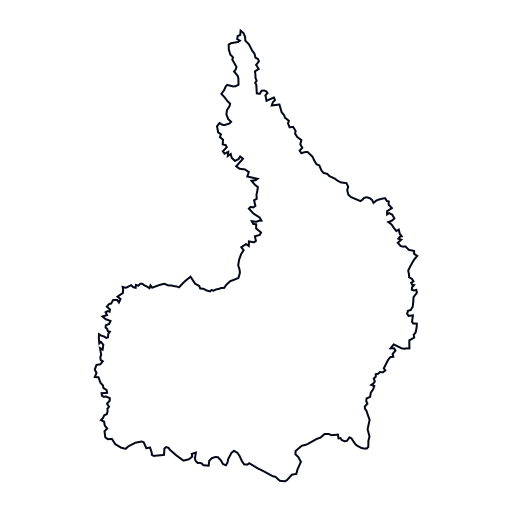 Santana da Boa Vista, Rio Grande do Sul, Brazil
{"feature_id": "56859067B73250631934504", "entity_name": "Santana da Boa Vista", "entity_type": "district", "adm_level": 2, "iso_a3": "BRA", "parent_name": "Brazil", "parent_adm1": "Rio Grande do Sul", "projection": "orthographic", "projection_center": [-53.19, -30.741], "detail": "fine", "context": "isolated", "style": "outline", "palette": "ink", "viewbox_px": 512, "rotation_deg": 0, "n_neighbors": 0, "source": "geoboundaries", "source_scale": "gbopen_adm2", "svg_char_len": 5779}
<svg xmlns="http://www.w3.org/2000/svg" viewBox="0 0 512 512"><path d="M104.5,431.3L105.3,437.3L107.8,439.2L111.9,438.9L115.2,444.1L121.1,447.7L125.7,448.8L128.4,446.3L135.5,442.7L141.8,441.5L143.7,442.3L146.3,448.2L150.0,447.5L151.6,452.2L152.0,455.0L153.8,455.9L164.0,454.9L164.4,448.6L166.1,447.1L168.5,447.8L169.9,449.8L176.7,455.7L183.5,460.6L188.8,459.3L192.2,456.7L191.8,453.9L195.9,452.6L194.9,458.6L195.7,461.0L197.7,463.0L199.8,462.8L201.8,463.5L203.3,465.2L208.6,465.7L209.3,460.7L211.8,458.2L215.4,457.0L217.9,457.2L221.0,460.5L222.9,464.0L225.9,465.3L227.4,462.7L228.4,458.6L231.5,452.8L234.0,450.8L237.4,452.8L239.4,455.7L242.0,461.3L244.2,464.4L247.4,464.6L249.2,463.2L257.6,468.3L263.2,471.0L272.7,476.2L275.4,476.8L279.8,480.8L284.9,481.3L287.0,480.1L291.9,474.7L296.3,473.9L297.5,469.4L300.9,461.9L298.3,457.0L295.4,454.3L295.6,451.0L301.7,445.8L307.0,444.4L313.2,440.9L317.0,438.8L320.5,437.6L324.6,434.0L328.7,434.0L331.7,435.2L337.9,434.6L338.5,438.4L340.6,438.2L341.7,440.0L344.6,441.3L347.0,440.8L349.4,437.4L351.4,438.3L355.1,443.9L356.7,445.4L361.0,447.8L363.6,448.5L366.8,448.5L368.3,446.8L368.4,440.8L369.5,436.6L367.6,429.2L369.6,420.0L366.4,410.7L365.0,408.8L364.8,406.5L367.4,403.7L366.2,401.0L366.6,398.4L370.1,396.9L370.8,392.7L373.1,389.4L374.3,386.0L371.3,384.9L373.4,383.5L374.8,381.5L373.8,378.4L375.7,376.8L375.8,374.2L377.9,373.9L379.8,372.1L382.9,372.3L385.3,370.4L383.8,368.3L386.3,363.4L388.4,359.4L390.5,357.0L393.3,356.8L392.6,354.0L395.5,350.5L394.1,348.3L390.6,348.3L393.7,344.4L401.8,348.4L404.2,348.8L406.2,348.4L409.4,348.4L409.3,340.4L414.2,337.6L413.7,334.8L415.6,332.5L416.4,328.6L416.8,326.0L416.8,323.6L413.2,323.5L412.0,321.8L412.9,315.4L408.5,315.9L407.1,313.6L408.0,310.8L410.6,310.1L412.7,306.7L413.3,301.7L413.5,297.2L416.9,292.7L416.3,289.9L414.0,290.5L411.8,289.7L412.0,287.4L414.0,285.1L412.1,284.7L411.2,282.7L413.5,281.4L412.0,278.9L409.1,277.2L409.0,274.3L408.2,270.7L410.1,266.7L412.2,262.8L414.5,259.1L417.2,255.9L414.1,253.8L414.1,251.0L408.8,249.8L405.4,246.4L403.1,246.7L400.6,246.0L397.8,242.8L401.2,239.7L398.4,238.7L399.9,236.7L401.7,236.3L399.7,233.7L398.8,229.6L396.3,231.0L393.8,227.9L392.1,225.2L390.7,223.7L388.3,222.1L391.8,220.7L394.4,218.5L392.2,214.6L389.1,213.1L387.1,214.4L387.1,211.2L391.9,208.1L388.6,204.6L388.8,201.5L386.9,201.0L385.1,198.2L382.0,198.7L378.4,199.7L376.4,200.5L373.5,202.9L372.2,200.2L370.0,198.3L366.4,197.2L363.9,198.1L362.5,199.7L360.4,201.1L351.0,197.1L348.3,194.6L347.2,190.1L348.2,186.8L346.4,183.1L340.8,182.4L337.4,180.6L334.8,178.6L332.0,177.3L329.4,176.1L327.3,173.9L323.5,172.9L321.4,170.4L319.3,165.4L316.5,164.3L314.2,160.4L312.6,156.8L307.6,152.0L304.9,152.1L301.4,153.2L299.6,150.6L302.3,147.8L300.3,144.2L301.4,140.1L297.3,137.1L295.1,133.7L295.6,130.9L293.1,126.9L289.6,127.3L288.0,123.3L288.9,120.8L285.0,117.7L284.0,115.0L281.7,112.4L279.4,104.5L271.8,105.5L272.9,102.2L275.0,100.0L273.9,97.5L266.5,100.8L266.0,98.0L265.4,95.4L267.5,93.1L266.3,91.4L264.1,90.5L261.6,90.7L259.8,93.8L256.8,93.4L256.3,84.8L255.2,82.8L256.6,80.8L255.5,77.9L255.4,74.7L255.0,71.3L258.7,69.0L256.1,64.9L258.9,61.4L257.9,58.9L255.5,57.7L254.4,53.5L252.2,50.7L249.0,44.4L245.3,40.6L245.1,36.9L243.5,33.1L240.6,30.7L240.2,35.0L237.7,36.0L237.2,39.1L239.9,40.7L238.1,42.0L231.4,43.1L228.7,44.5L228.8,49.6L230.4,54.7L233.0,57.3L232.3,59.6L233.8,62.2L236.5,67.0L235.5,69.9L234.1,71.5L237.8,76.0L238.4,78.6L238.5,84.7L235.5,86.3L232.9,86.4L227.2,84.9L225.7,86.5L224.2,90.0L221.4,93.8L224.9,97.7L227.2,100.8L230.1,103.7L229.6,106.0L227.0,110.1L226.4,114.5L228.3,119.2L231.1,121.8L229.5,123.5L224.4,125.1L222.2,124.7L219.5,123.0L217.0,126.3L218.2,132.4L220.9,134.3L220.0,137.2L223.0,139.7L222.7,144.4L225.8,145.2L226.8,147.2L222.8,151.3L224.6,153.7L228.2,151.9L227.8,156.0L230.7,154.0L231.7,157.8L234.9,160.9L238.6,159.1L240.1,156.5L243.0,158.7L236.2,166.3L239.6,168.8L244.9,169.4L248.8,172.0L247.3,176.5L257.5,178.8L255.6,180.2L251.5,180.8L254.9,184.8L257.9,187.1L257.3,191.0L256.5,194.5L256.7,198.8L254.1,200.3L255.4,205.9L253.3,207.4L250.6,206.9L248.9,208.6L253.4,213.5L259.6,217.5L261.4,220.6L259.3,220.7L256.1,221.8L251.8,221.2L253.2,223.9L256.2,224.3L256.1,228.4L261.0,232.5L259.8,234.9L254.9,236.3L255.9,240.9L254.0,242.3L248.9,241.4L248.8,246.0L246.0,244.1L243.8,245.6L241.3,247.2L243.6,250.2L241.1,254.2L239.1,259.7L238.2,265.3L239.6,269.8L239.9,272.9L238.4,278.0L233.4,280.0L230.3,281.1L226.3,284.8L224.2,287.9L220.9,288.0L219.1,288.9L216.2,289.4L213.5,290.7L211.6,290.0L210.0,291.4L206.4,290.4L203.5,288.8L200.2,288.5L199.2,285.9L195.2,283.8L190.5,276.7L188.7,278.2L185.3,280.9L183.4,282.7L181.4,284.8L179.0,287.3L176.8,286.5L173.8,286.1L171.6,285.5L168.2,285.4L164.4,283.8L161.5,284.4L158.0,285.5L152.2,287.7L150.5,285.4L149.5,288.2L146.5,286.3L144.0,285.2L142.4,283.8L140.5,283.7L138.3,285.7L135.9,284.9L135.6,287.8L133.3,287.2L131.1,285.2L128.0,286.8L125.8,287.8L122.6,286.9L123.1,289.2L122.8,293.1L120.8,294.4L117.5,296.7L120.5,299.0L118.9,302.5L117.2,300.0L113.2,299.9L111.1,303.6L109.2,304.0L106.8,306.6L110.0,309.5L109.6,311.7L107.6,311.1L105.6,312.2L107.0,315.1L102.5,316.5L105.7,319.2L110.5,321.0L109.2,323.9L105.8,325.3L105.6,327.6L107.2,328.9L107.8,331.2L109.8,331.7L108.3,333.9L107.9,337.4L106.1,337.9L103.9,336.4L101.1,335.6L99.0,334.2L98.8,337.6L99.3,343.4L100.9,341.9L103.3,344.7L102.6,349.6L100.0,348.1L101.2,354.9L100.3,357.0L100.7,360.1L102.8,361.3L100.3,364.3L96.5,364.9L94.8,369.5L96.5,373.1L94.8,377.0L98.5,377.3L100.4,382.7L102.9,385.4L103.5,388.1L106.6,390.0L107.1,392.8L104.0,393.1L101.6,393.1L101.9,395.7L103.9,396.9L105.7,396.5L109.8,398.1L109.7,400.7L107.0,403.7L109.0,406.8L107.4,408.8L107.6,411.5L106.8,414.2L104.3,415.2L102.9,418.2L101.0,420.1L104.1,421.7L104.8,425.6L107.2,428.5L104.5,431.3Z" fill="none" stroke="#020617" stroke-width="2"/></svg>